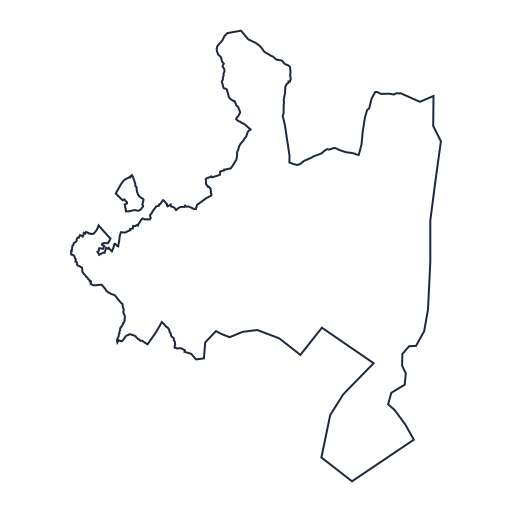 outline of Egbeda, Oyo, Nigeria
{"feature_id": "59680162B66692684641238", "entity_name": "Egbeda", "entity_type": "district", "adm_level": 2, "iso_a3": "NGA", "parent_name": "Nigeria", "parent_adm1": "Oyo", "projection": "equal_earth", "projection_center": [3.978, 7.391], "detail": "fine", "context": "isolated", "style": "outline", "palette": "slate", "viewbox_px": 512, "rotation_deg": 0, "n_neighbors": 0, "source": "geoboundaries", "source_scale": "gbopen_adm2", "svg_char_len": 5974}
<svg xmlns="http://www.w3.org/2000/svg" viewBox="0 0 512 512"><path d="M430.3,261.8L430.3,220.5L435.0,184.1L440.9,141.3L433.2,126.0L433.5,96.0L419.9,101.8L400.5,93.2L398.7,93.4L397.0,93.2L395.3,93.7L393.9,94.5L388.9,93.7L381.0,93.9L378.7,92.7L377.0,92.0L375.2,92.0L371.6,98.6L369.2,108.3L367.1,110.1L365.0,117.2L362.7,131.8L361.5,144.5L358.7,155.0L356.1,154.3L354.6,153.6L350.7,152.8L346.0,152.2L339.8,150.2L335.2,148.0L333.7,148.1L329.2,149.6L327.2,149.1L324.0,151.1L322.3,152.8L320.5,153.8L314.1,156.2L310.7,158.0L304.2,160.8L300.7,163.6L298.4,164.7L296.7,164.9L292.8,163.8L289.4,162.5L289.5,155.7L284.8,124.5L282.7,116.0L283.6,113.3L283.7,104.7L284.1,102.5L283.7,100.2L284.6,94.9L285.1,93.1L285.1,89.6L285.3,88.5L285.2,87.6L285.6,85.9L286.5,84.4L287.5,83.3L288.4,82.8L288.5,81.4L289.9,81.6L290.8,78.7L290.1,75.7L290.5,72.4L290.1,67.3L289.3,66.1L287.8,65.1L285.4,64.3L283.4,62.4L282.1,60.7L280.8,60.3L277.0,59.8L275.0,58.6L274.5,57.9L272.9,56.5L271.5,56.0L264.4,51.9L261.8,48.2L259.3,45.5L255.7,42.9L248.3,39.4L241.0,30.7L227.5,33.1L224.5,36.0L222.5,40.2L217.3,46.2L216.6,49.3L217.2,52.0L218.4,54.8L219.5,55.7L221.1,57.6L221.8,60.2L221.9,61.5L223.8,63.6L222.9,65.4L222.6,66.7L224.2,68.8L224.5,71.0L224.4,71.6L223.6,73.3L223.6,75.6L222.8,77.8L222.9,79.6L221.8,81.3L223.5,87.8L224.1,88.4L226.0,88.8L226.9,89.6L227.3,90.8L227.4,92.2L227.8,92.8L228.8,96.8L229.8,98.4L230.7,99.2L233.4,101.0L233.6,100.8L234.6,101.2L235.1,101.8L236.0,104.7L236.4,105.4L238.3,107.1L238.7,108.8L239.7,110.6L240.1,112.6L238.1,116.3L236.9,117.4L236.4,118.2L236.2,119.3L238.4,121.1L240.4,121.8L241.4,122.8L243.8,123.7L245.3,124.8L248.8,128.0L250.4,129.1L250.6,129.6L248.6,130.8L247.4,132.7L246.2,136.7L244.9,138.0L243.1,140.9L240.7,143.6L238.9,146.7L238.6,148.6L237.1,152.3L237.1,155.6L236.4,159.6L231.8,167.0L230.6,168.5L227.1,169.0L226.0,169.5L224.2,169.5L224.2,170.4L220.1,171.6L220.0,174.6L218.9,175.2L212.1,177.3L211.6,177.0L211.1,176.4L210.6,176.9L207.6,177.9L205.8,178.8L206.1,183.8L206.3,184.7L206.7,185.3L207.6,185.7L207.9,186.8L209.2,187.0L210.0,188.3L210.4,188.4L210.8,189.1L210.7,190.9L211.0,191.6L210.7,192.2L210.8,192.9L211.3,193.4L211.3,195.5L206.4,198.1L197.1,204.8L196.5,207.1L196.3,207.2L196.0,208.8L195.6,208.7L195.1,209.1L194.2,209.1L193.5,208.6L192.3,208.3L191.8,207.9L188.5,206.5L186.5,206.7L185.1,205.6L184.5,207.0L182.9,206.8L180.2,207.1L178.3,208.1L176.1,210.1L175.6,209.7L175.3,208.7L173.6,207.1L171.0,206.4L170.7,204.5L167.7,206.4L167.0,205.8L167.0,204.0L166.3,203.6L164.7,201.5L163.1,200.1L160.2,204.1L159.1,204.5L159.1,205.6L156.3,206.4L152.5,211.5L151.7,213.2L150.6,214.4L150.0,215.4L150.7,218.3L150.1,218.7L149.8,219.4L147.4,219.5L147.0,219.2L145.6,219.5L142.4,218.5L141.8,219.4L141.2,219.6L140.2,221.5L138.3,224.4L137.8,225.7L136.9,225.0L135.1,226.1L133.2,225.9L132.8,228.5L130.2,228.9L130.4,230.0L125.7,232.3L124.2,232.6L121.1,232.1L120.5,233.4L119.7,236.1L119.3,240.1L119.0,241.2L119.1,242.0L118.6,243.4L118.2,246.4L117.0,245.8L115.1,243.8L114.6,243.8L114.2,244.4L113.5,247.5L111.9,251.4L111.5,251.1L108.7,247.8L107.9,248.8L106.1,247.7L104.6,252.8L103.6,252.6L102.8,252.8L99.2,254.8L99.0,254.0L97.4,251.9L98.7,250.8L99.3,248.2L103.1,248.8L104.2,246.1L103.6,245.6L102.1,244.9L102.0,244.1L103.2,243.3L103.9,243.1L107.9,243.1L109.2,241.2L110.5,238.7L99.9,227.0L98.6,225.4L97.4,228.6L96.4,230.4L94.0,233.4L92.7,234.0L91.7,233.7L90.6,234.0L89.7,233.4L88.5,233.4L88.0,232.7L86.0,232.0L85.3,233.6L83.8,232.8L83.3,235.3L82.8,236.5L80.1,235.1L78.9,237.5L78.5,237.1L76.9,238.5L76.6,239.7L76.8,240.3L75.8,241.8L73.8,243.1L73.5,244.8L72.5,245.5L71.7,251.2L71.1,251.0L71.1,252.3L71.3,254.6L73.2,255.1L74.3,256.0L75.2,258.7L75.8,259.2L75.4,261.5L76.5,261.9L76.9,262.5L77.1,263.3L77.0,264.5L77.4,265.4L79.2,265.9L80.7,267.1L81.4,267.1L81.9,267.5L82.4,269.1L82.2,271.1L82.6,272.1L84.0,274.0L85.3,275.2L86.2,276.8L87.3,277.5L88.2,279.1L89.1,279.7L89.7,280.5L89.7,281.3L90.3,281.3L90.6,281.0L90.9,281.2L91.0,281.6L90.6,283.9L93.4,285.4L101.6,284.7L104.8,288.3L106.5,291.1L107.5,291.7L108.1,292.4L109.8,293.0L111.1,294.0L114.2,294.9L115.1,295.5L117.7,299.0L121.4,303.2L122.6,304.1L122.6,305.7L123.0,307.5L123.6,309.1L123.7,310.4L123.3,311.6L123.5,313.0L124.8,315.8L124.8,318.7L124.5,319.3L124.7,320.4L124.0,322.3L123.8,322.7L123.3,322.8L122.9,324.2L121.8,326.4L121.5,326.8L121.1,326.9L120.6,327.4L120.5,328.1L120.2,328.3L119.9,330.8L119.3,332.1L119.5,333.4L118.8,334.3L118.7,336.0L117.1,339.7L117.1,340.9L117.4,342.5L118.8,340.3L121.2,341.2L122.2,341.0L122.7,340.3L123.4,339.8L123.7,339.0L124.4,338.4L125.4,336.5L127.3,335.2L128.1,335.1L128.8,334.5L129.5,334.3L131.4,334.5L131.7,334.8L132.8,334.9L133.3,335.3L134.6,335.7L135.7,336.4L136.0,337.0L136.5,337.4L137.9,339.0L139.2,339.5L140.0,340.6L140.4,340.8L141.4,340.6L142.5,340.9L144.1,342.2L147.6,344.3L156.3,331.8L161.8,322.1L163.9,324.0L166.4,327.0L167.1,327.1L167.7,327.6L169.0,329.5L169.5,330.7L169.6,331.9L171.0,334.1L171.1,335.6L171.5,336.5L173.1,337.6L173.8,338.5L173.8,340.2L174.7,341.3L175.2,344.4L174.5,346.8L174.9,347.9L175.7,347.8L177.1,348.5L180.9,348.2L184.9,350.3L184.5,351.8L191.2,353.8L196.0,359.4L203.9,358.4L205.2,342.4L216.0,331.1L221.5,334.0L229.6,337.2L242.5,331.9L257.2,330.0L279.2,338.3L300.4,354.9L321.9,327.7L373.6,363.2L343.2,394.4L330.2,415.1L321.4,457.5L352.0,481.3L413.8,439.7L405.3,424.5L394.5,409.9L388.1,404.3L391.3,392.8L404.7,384.7L405.8,373.3L402.1,365.7L402.4,353.9L409.2,346.2L416.0,345.9L424.2,331.1L428.0,309.3L430.3,261.8ZM120.8,184.5L115.8,193.4L117.7,195.5L122.7,200.3L124.5,199.4L125.2,200.6L127.0,202.2L127.0,203.4L124.8,204.5L125.3,207.9L125.7,208.3L125.8,211.3L129.2,211.3L134.5,210.0L138.4,210.8L140.6,209.7L142.8,206.8L143.1,205.9L142.5,205.1L142.3,204.4L142.7,203.6L142.8,202.6L143.6,199.8L143.0,198.8L142.4,198.6L139.5,196.6L139.4,196.2L138.6,195.4L138.3,194.8L138.0,194.6L136.8,190.8L136.5,187.0L135.4,186.3L135.3,184.0L134.1,180.2L132.5,176.1L132.0,175.2L130.3,177.2L130.1,176.6L128.7,177.6L125.1,179.4L123.2,181.1L120.8,184.5Z" fill="none" stroke="#1e293b" stroke-width="2"/></svg>